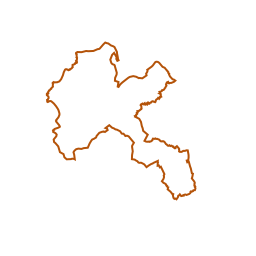 Maru, Zamfara, Nigeria (orthographic projection), rotated 139°
{"feature_id": "59680162B25309364748934", "entity_name": "Maru", "entity_type": "district", "adm_level": 2, "iso_a3": "NGA", "parent_name": "Nigeria", "parent_adm1": "Zamfara", "projection": "orthographic", "projection_center": [6.251, 11.686], "detail": "fine", "context": "isolated", "style": "outline", "palette": "amber", "viewbox_px": 256, "rotation_deg": 139, "n_neighbors": 0, "source": "geoboundaries", "source_scale": "gbopen_adm2", "svg_char_len": 5839}
<svg xmlns="http://www.w3.org/2000/svg" viewBox="0 0 256 256"><g transform="rotate(139 128 128)"><path d="M118.3,37.2L116.8,38.1L116.3,39.0L116.3,39.4L115.9,39.5L116.0,39.8L115.6,40.4L115.7,40.8L115.3,40.9L115.2,41.4L114.5,42.3L114.1,42.4L113.5,42.9L113.1,44.2L112.9,48.1L111.7,48.8L109.0,50.9L109.5,51.9L107.1,56.3L106.4,58.2L104.3,62.5L105.8,63.2L105.0,64.9L103.6,64.2L101.6,66.0L100.0,67.9L97.6,71.9L98.5,72.8L100.1,73.4L101.3,74.5L103.2,74.8L104.5,75.9L104.8,76.8L103.9,77.6L103.6,78.3L103.3,78.8L103.1,78.8L103.0,79.3L103.0,82.2L104.4,82.3L105.4,81.6L106.1,82.1L106.2,82.5L105.9,83.1L106.5,84.3L106.1,84.6L106.5,85.2L106.7,86.1L107.9,86.6L108.0,87.8L109.1,88.0L109.6,88.7L109.6,90.3L109.9,90.9L109.6,93.3L109.8,94.4L110.0,94.8L110.5,95.0L110.7,95.5L111.8,96.1L112.2,97.6L112.0,98.5L113.1,100.7L114.0,101.3L114.2,102.2L115.3,102.5L116.1,103.6L117.3,103.2L117.7,102.7L119.8,102.9L120.3,103.5L121.1,103.6L121.6,104.5L122.4,104.9L123.3,105.9L124.0,107.5L117.5,110.0L118.4,115.9L117.1,118.2L116.3,120.4L114.2,124.1L113.5,127.6L115.2,131.8L114.7,131.9L114.7,132.4L114.2,132.2L113.9,131.8L113.4,132.6L111.9,132.6L111.6,133.1L111.6,133.7L111.2,133.8L110.9,133.2L110.6,133.3L110.1,133.7L109.7,134.5L109.1,133.9L108.8,134.0L108.4,133.7L107.7,133.7L106.3,133.7L105.6,133.5L105.0,133.8L105.0,134.2L104.2,134.8L103.5,136.1L103.5,137.0L102.8,137.3L101.3,137.0L101.4,136.7L100.7,136.5L100.5,136.2L100.4,135.8L100.7,135.6L100.5,135.3L100.2,135.4L100.3,135.1L100.0,134.9L99.6,135.0L99.6,135.3L99.2,135.4L99.3,135.1L98.8,134.6L98.9,134.4L98.6,134.4L98.7,134.1L98.3,134.1L98.4,133.7L98.0,133.5L98.0,133.4L97.8,133.5L97.7,133.2L97.4,133.3L97.3,133.5L97.6,134.0L97.5,134.3L96.3,134.3L96.0,134.0L96.2,133.6L96.1,133.4L96.3,132.6L96.0,132.3L95.4,132.7L93.9,132.1L93.7,132.3L92.8,132.4L92.0,131.9L91.8,131.6L91.6,131.7L90.6,129.7L89.9,129.8L88.8,130.7L87.8,130.9L86.8,130.7L85.9,130.9L85.2,130.5L85.3,129.6L84.8,129.7L84.7,130.5L84.2,130.1L83.5,130.5L83.1,130.0L82.4,129.8L82.2,130.7L81.0,132.1L81.5,133.0L81.7,133.6L80.8,133.4L80.3,134.1L80.3,134.5L78.9,133.8L78.3,133.7L77.6,134.2L76.1,133.4L75.1,133.5L74.4,133.9L73.3,133.9L72.9,134.2L71.8,134.7L71.5,134.6L71.0,134.9L70.7,136.0L68.8,136.9L67.5,136.5L67.6,136.3L68.2,135.6L68.1,135.4L67.7,135.4L67.5,135.2L67.5,134.7L66.9,134.6L65.7,133.6L62.9,132.7L61.2,132.7L61.6,134.4L62.4,135.6L62.5,139.5L62.1,140.5L62.0,141.4L61.3,141.9L61.5,143.0L60.9,143.8L61.0,144.2L60.8,144.6L61.0,145.3L60.8,146.0L60.9,146.7L60.8,149.4L61.8,151.5L61.7,156.8L62.1,158.3L63.2,159.5L64.2,159.8L68.2,158.9L70.0,158.8L75.3,159.3L75.6,158.4L76.8,157.7L78.7,157.1L79.5,155.5L84.6,156.1L86.6,158.3L87.1,158.5L88.2,161.3L90.0,163.7L93.2,165.4L94.8,165.7L102.5,166.1L105.3,166.0L108.2,165.2L108.6,166.0L105.0,169.0L106.9,172.2L104.8,174.3L101.6,175.8L100.2,177.1L97.3,183.4L97.0,183.8L96.9,184.6L97.9,186.5L97.9,188.1L96.5,191.2L92.0,193.6L89.2,193.8L90.2,188.9L91.5,187.8L92.0,185.7L90.7,185.3L90.2,186.8L89.4,187.9L87.4,191.4L86.5,192.6L85.1,197.9L85.5,199.3L86.7,201.5L87.4,204.7L88.3,205.9L89.1,207.4L91.5,207.3L97.3,206.5L98.2,206.7L99.1,207.4L103.5,208.8L107.6,212.0L109.1,213.6L113.3,215.7L116.3,218.5L117.8,218.8L118.3,218.4L118.3,217.4L118.8,217.3L118.9,216.8L119.5,216.1L120.0,215.2L120.6,215.0L120.5,214.3L122.0,212.9L122.9,212.9L123.2,212.8L123.4,212.0L123.8,211.8L123.7,211.4L123.1,211.5L123.2,211.2L123.9,210.8L124.7,211.1L125.1,211.6L125.5,211.6L125.9,211.2L126.2,211.4L127.1,211.4L128.4,212.0L129.3,211.1L129.7,210.3L130.1,210.4L130.6,210.1L131.7,210.0L132.2,210.2L133.2,210.1L133.6,210.6L134.1,210.3L135.1,210.7L135.4,212.0L136.0,212.6L136.1,213.0L136.7,213.3L137.3,213.3L139.9,212.2L142.5,210.5L146.4,208.7L149.2,208.2L151.5,209.0L154.0,211.1L154.0,211.4L154.6,211.5L154.7,211.0L155.5,211.2L155.9,210.3L157.3,209.0L157.4,208.6L157.8,208.4L160.2,208.3L160.4,208.0L160.8,208.2L162.7,207.8L162.9,208.1L163.2,208.0L164.4,207.7L164.9,207.2L165.1,207.3L165.3,207.2L165.3,206.5L165.9,206.3L166.7,207.1L166.9,207.0L167.7,206.0L167.4,204.0L168.2,202.7L169.3,202.4L169.9,202.0L170.6,202.3L171.7,200.8L171.5,200.2L169.6,199.8L168.6,199.0L168.3,198.1L167.9,195.1L168.0,191.6L168.4,188.6L168.8,187.0L170.1,184.1L171.1,182.9L173.5,181.7L176.9,181.1L177.2,180.6L177.7,180.6L178.0,180.0L178.1,175.4L178.4,173.9L178.8,173.6L180.5,174.0L183.9,175.4L184.5,175.4L184.8,175.1L185.1,175.4L185.7,175.5L186.4,175.2L186.5,174.4L187.0,174.1L186.1,171.7L186.1,169.9L187.5,168.8L191.6,168.1L193.0,165.9L192.7,164.3L192.7,159.9L195.2,154.4L193.8,150.6L195.2,147.6L194.8,144.6L191.4,141.9L190.3,141.5L189.0,140.1L188.7,139.3L186.1,143.2L185.0,145.5L183.3,146.0L181.0,146.0L179.0,145.0L176.8,142.7L174.7,141.9L171.3,139.5L167.1,141.5L164.4,142.4L162.6,142.8L160.8,142.2L158.3,141.8L156.9,142.6L152.8,143.2L149.7,142.0L149.2,141.4L148.6,141.3L148.0,140.1L144.7,139.8L144.2,141.2L145.0,142.7L140.3,142.4L139.8,138.6L138.9,137.0L138.4,135.2L137.5,134.1L136.1,130.7L136.4,127.9L136.2,127.5L135.2,126.7L135.1,124.8L135.3,123.9L135.1,123.5L134.0,123.0L133.6,122.5L133.0,121.2L133.2,113.0L136.5,111.9L137.3,111.1L139.7,107.3L142.7,104.9L145.5,101.9L143.7,99.8L143.4,98.5L142.7,96.7L142.8,95.2L142.4,94.4L140.9,93.2L140.4,92.1L139.6,89.9L139.7,86.3L137.0,86.1L134.1,85.6L132.6,85.0L131.8,85.0L127.1,83.6L127.8,82.9L128.0,82.3L128.4,82.2L130.4,80.1L129.3,79.6L129.8,77.4L128.6,77.2L130.8,69.3L132.3,68.6L132.5,68.0L133.3,67.1L134.9,66.2L137.3,65.6L137.2,63.3L136.7,62.3L136.3,60.7L136.3,60.3L136.6,60.1L136.8,59.5L136.5,58.7L136.9,58.5L136.9,57.3L136.6,56.8L138.3,55.7L137.7,52.0L137.9,49.0L137.4,48.9L137.2,48.4L138.3,47.7L139.5,45.5L139.5,44.1L138.7,43.9L138.2,42.4L135.8,43.0L134.6,43.9L134.2,43.9L133.7,43.6L132.4,43.9L132.5,41.7L130.4,40.5L130.2,41.0L128.7,40.4L128.2,40.0L127.8,39.1L125.2,38.1L123.9,38.0L123.0,38.3L122.6,38.9L122.0,38.9L121.6,38.1L120.4,37.7L119.8,38.1L119.2,37.9L118.3,37.2Z" fill="none" stroke="#b45309" stroke-width="2"/></g></svg>